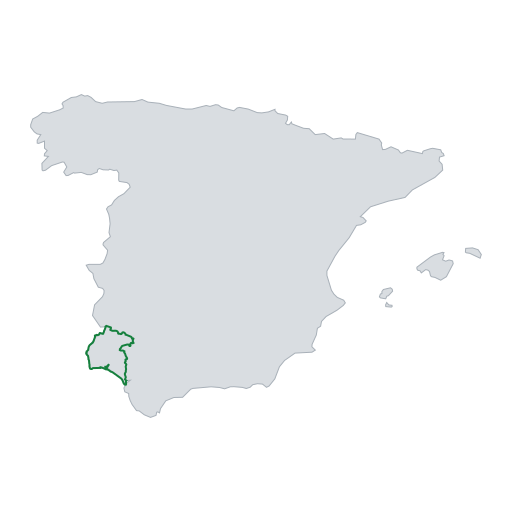 Huelva highlighted on a map of Spain
{"feature_id": "ESP-5824", "entity_name": "Huelva", "entity_type": "Autonomous Community", "adm_level": 1, "iso_a3": "ESP", "parent_name": "Spain", "parent_adm1": "", "projection": "natural_earth1", "projection_center": [-6.789, 37.509], "detail": "fine", "context": "in_parent", "style": "outline", "palette": "green", "viewbox_px": 512, "rotation_deg": 0, "n_neighbors": 0, "source": "natural_earth", "source_scale": "10m", "svg_char_len": 6209}
<svg xmlns="http://www.w3.org/2000/svg" viewBox="0 0 512 512"><path d="M275.0,109.3L275.0,110.8L277.7,113.5L285.7,115.1L287.7,116.3L287.4,120.0L285.5,123.3L287.3,124.7L289.2,124.7L291.4,122.0L291.9,123.8L295.6,125.3L303.6,128.3L309.2,128.7L315.2,134.6L324.6,133.5L333.2,139.1L341.2,137.9L343.0,139.0L355.4,139.1L355.9,134.5L357.3,132.6L379.0,139.1L381.7,143.0L381.3,145.0L382.6,149.6L385.4,149.4L391.0,146.8L398.4,150.0L400.4,152.8L402.0,153.1L407.4,150.3L422.4,153.6L422.9,151.4L423.9,150.8L430.1,148.8L432.7,148.3L440.7,149.8L441.7,152.5L443.3,153.5L444.1,155.7L439.5,157.1L439.1,161.0L442.1,164.3L442.7,170.1L434.9,177.4L412.4,189.9L405.1,197.4L388.1,201.2L370.5,206.8L360.3,216.7L363.0,217.5L366.2,220.9L365.2,222.4L360.7,224.8L356.5,225.4L349.1,237.8L338.8,250.5L335.0,256.2L326.9,271.1L326.9,275.4L331.4,290.2L333.9,294.1L337.3,297.4L343.7,300.2L345.3,302.9L343.2,305.5L337.0,310.2L326.1,316.5L321.5,321.4L320.6,326.2L317.4,328.3L316.3,335.0L312.1,344.3L311.9,346.8L315.3,350.1L312.0,352.2L295.0,353.1L284.6,360.4L279.4,366.8L274.8,378.9L269.1,386.0L266.5,387.3L262.5,384.1L257.5,383.7L252.7,384.7L250.2,387.2L246.3,388.5L242.4,387.4L234.1,386.7L230.3,386.8L224.6,388.8L219.6,387.5L211.1,386.8L192.9,388.4L190.7,389.2L182.6,397.3L173.8,397.5L165.8,400.8L160.5,408.6L159.5,412.9L157.9,411.9L156.7,412.2L156.0,415.4L150.5,417.4L144.3,414.8L139.2,410.9L136.5,410.6L132.1,404.5L130.2,400.6L128.8,396.4L128.7,393.5L124.8,391.8L123.9,388.0L126.7,383.0L130.4,380.2L126.9,380.4L124.4,383.6L121.1,378.5L107.9,368.4L108.6,364.9L106.4,367.6L104.9,368.3L98.1,367.8L90.3,369.1L87.1,352.0L89.1,346.1L97.8,334.4L103.3,332.8L105.5,326.8L100.5,327.1L92.5,315.5L94.6,304.8L102.5,296.7L103.9,293.5L104.1,290.5L102.6,288.4L98.3,287.2L93.9,278.7L92.9,273.4L89.2,270.4L86.2,265.2L88.9,264.4L100.2,264.4L102.9,263.0L104.9,259.5L107.1,253.7L107.6,250.2L103.2,245.1L103.0,244.1L103.6,242.4L110.4,236.7L109.0,232.6L110.1,223.8L109.6,218.6L108.8,214.4L106.5,209.0L108.0,206.8L111.6,204.9L114.4,200.4L118.5,196.7L123.9,193.7L130.2,187.2L129.2,184.3L127.0,182.6L119.3,181.4L118.7,180.1L118.8,173.0L116.8,170.1L113.9,170.5L109.7,169.2L108.6,170.0L103.1,169.8L99.3,168.5L97.7,169.6L97.2,172.1L90.8,174.7L87.2,174.6L81.3,172.4L74.5,173.1L73.7,172.6L68.0,175.5L66.1,175.6L63.7,172.1L66.8,167.0L64.1,162.2L62.4,162.0L51.7,165.6L45.5,170.2L43.0,170.8L42.1,170.0L41.9,163.4L48.4,156.4L44.3,155.9L44.5,153.8L47.2,150.6L44.5,148.2L44.5,141.1L38.7,143.4L37.2,143.1L37.2,140.2L40.8,134.6L37.0,133.9L34.2,131.8L30.7,127.2L30.7,124.7L32.7,119.0L37.7,116.3L42.7,112.4L49.5,113.1L59.7,109.8L63.2,108.0L63.1,105.6L62.0,103.9L63.0,102.2L71.3,97.5L76.3,96.9L81.4,94.6L84.7,96.1L87.7,95.6L91.1,97.4L95.6,101.6L102.2,103.3L107.5,102.0L134.4,101.6L142.0,99.5L147.9,102.1L159.4,103.3L166.3,105.4L185.4,109.0L192.3,109.0L206.2,105.5L210.0,106.4L215.5,104.7L218.2,105.0L221.7,107.5L233.9,110.8L237.1,108.0L239.5,107.4L248.3,109.1L257.2,112.6L261.8,112.9L268.5,111.9L275.0,109.3ZM442.5,259.8L445.7,261.2L449.0,260.0L450.8,260.4L452.6,261.0L453.2,263.7L446.4,276.7L440.7,280.2L434.9,277.4L431.5,276.7L430.5,275.7L429.5,271.5L428.0,270.2L425.7,269.6L421.3,272.9L419.9,270.7L417.8,270.3L416.9,268.9L416.9,267.2L430.4,257.1L434.3,254.9L442.7,252.3L444.0,252.7L442.9,254.2L444.1,255.7L442.5,259.8ZM481.3,254.5L480.1,258.2L469.7,253.3L466.3,252.8L465.4,252.1L465.7,248.4L472.5,247.9L478.1,249.7L481.3,254.5ZM386.8,296.2L385.7,298.8L380.5,297.9L379.4,296.9L380.4,294.0L381.9,293.6L381.9,291.5L383.4,289.5L390.5,287.8L392.2,289.2L392.6,291.2L388.4,295.7L386.8,296.2ZM392.1,306.6L391.3,307.1L385.8,306.6L385.6,304.9L386.7,302.5L388.8,304.9L392.0,305.3L392.1,306.6Z" fill="#d9dde1" stroke="#a8b0b8" stroke-width="1"/><path d="M90.0,368.5L89.5,366.7L89.4,365.7L89.6,365.1L89.3,363.7L89.0,360.4L88.4,359.1L88.5,358.6L88.4,357.7L88.2,356.7L88.0,355.9L87.8,355.6L87.2,355.1L87.0,354.9L86.7,354.4L86.6,354.2L86.6,353.9L86.4,353.3L86.2,353.3L86.2,352.8L86.3,352.6L86.7,352.2L86.8,351.8L86.8,351.6L86.7,351.4L87.0,351.2L87.9,350.2L88.2,349.9L88.3,349.3L88.6,347.2L89.1,346.0L89.7,345.1L92.8,342.6L93.7,340.9L94.1,339.5L94.8,337.6L95.0,336.8L95.0,336.4L94.9,336.0L94.9,335.6L95.1,335.4L96.2,335.2L96.5,334.9L97.0,335.0L97.4,335.1L97.8,335.2L98.2,334.9L98.7,334.8L98.9,334.7L99.3,334.2L99.6,333.3L99.9,333.0L100.5,333.1L102.4,333.8L103.2,333.7L103.5,332.7L103.8,332.2L104.1,330.9L104.7,329.7L105.2,328.3L105.5,327.6L105.8,326.5L105.7,326.4L106.3,325.9L110.8,327.4L111.0,327.8L111.0,328.1L110.9,328.3L110.7,328.6L110.6,328.9L110.4,329.4L110.3,329.7L110.4,330.0L110.7,330.1L111.1,330.2L111.5,330.5L112.5,330.8L114.1,330.8L114.9,330.7L116.0,330.8L116.5,330.9L116.9,331.1L117.4,331.4L118.0,332.3L118.1,332.6L118.2,332.9L118.1,333.2L118.2,333.5L118.4,333.7L120.0,333.8L120.9,334.1L121.3,334.0L121.5,333.9L121.5,333.6L121.7,333.4L122.2,333.0L122.4,332.8L122.5,332.5L122.8,332.4L123.0,332.3L123.4,332.3L123.8,332.4L125.1,333.4L125.4,333.8L125.5,334.1L125.6,334.4L125.6,334.7L126.5,334.9L130.9,336.7L131.5,337.2L132.0,338.5L132.3,338.4L133.1,338.4L133.4,338.6L132.7,341.0L133.5,342.9L132.7,343.3L131.4,342.9L130.8,343.1L130.4,343.8L130.5,345.4L130.4,345.8L130.2,346.0L129.5,346.0L129.3,345.8L129.2,345.6L129.1,345.1L129.1,344.9L128.7,344.6L127.2,344.5L122.6,345.8L121.9,346.2L120.7,348.2L120.1,348.8L119.9,349.0L119.8,350.1L120.7,350.5L122.8,350.5L124.4,351.3L124.2,352.5L125.1,353.7L125.7,355.8L127.1,358.2L127.1,358.6L127.0,359.0L126.7,359.2L125.9,359.3L125.6,359.5L125.4,359.9L125.7,361.0L125.6,361.5L125.1,362.0L124.9,362.4L124.9,362.8L126.0,363.9L126.3,364.4L126.2,365.0L125.8,366.2L125.7,366.7L126.1,369.2L125.8,370.5L125.8,371.8L125.7,372.1L125.1,373.1L124.9,373.5L124.9,374.0L124.9,374.6L125.8,377.2L125.0,379.4L126.3,380.6L126.1,380.7L125.9,381.6L126.1,384.1L125.9,384.6L124.7,384.6L123.7,383.4L122.6,380.6L121.9,379.3L120.9,378.3L112.6,372.3L111.7,371.9L110.9,371.7L110.4,371.4L109.0,370.3L108.3,369.9L107.6,369.6L107.0,368.7L106.8,367.6L107.0,367.0L107.4,366.7L108.6,365.0L109.0,364.2L107.3,366.1L106.3,366.8L105.3,366.8L105.3,367.0L106.0,368.2L106.4,368.9L106.4,369.4L106.0,369.4L103.0,368.0L101.9,367.6L100.6,367.2L99.7,367.6L100.7,367.7L101.1,367.9L93.0,368.1L92.4,368.4L91.8,369.0L91.1,369.0L90.6,368.8L90.0,368.5Z" fill="none" stroke="#15803d" stroke-width="2"/></svg>